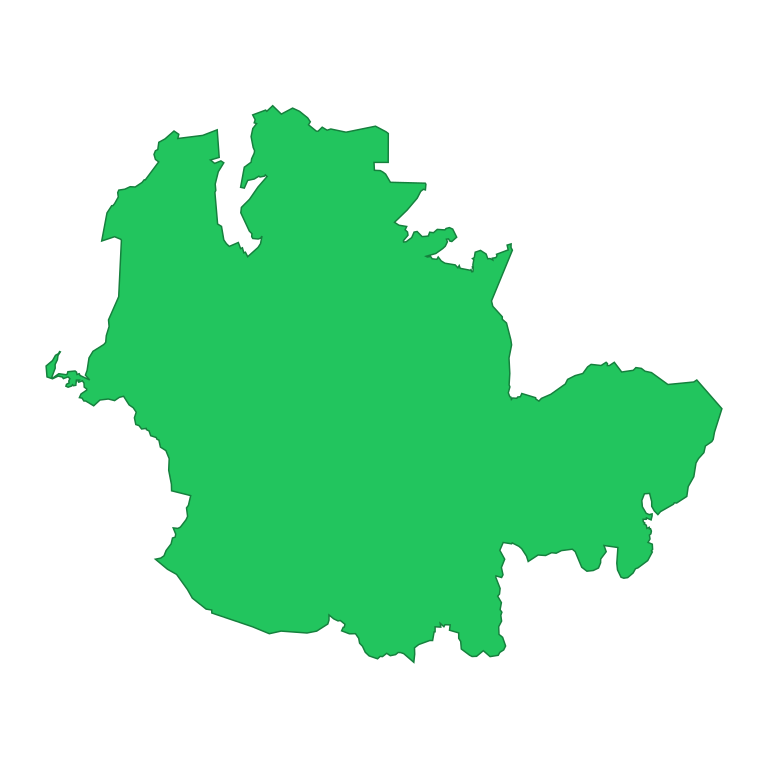 Valle de Bravo, México, Mexico
{"feature_id": "50627088B62549344911498", "entity_name": "Valle de Bravo", "entity_type": "district", "adm_level": 2, "iso_a3": "MEX", "parent_name": "Mexico", "parent_adm1": "México", "projection": "natural_earth1", "projection_center": [-100.12, 19.185], "detail": "fine", "context": "isolated", "style": "filled", "palette": "green", "viewbox_px": 768, "rotation_deg": 0, "n_neighbors": 0, "source": "geoboundaries", "source_scale": "gbopen_adm2", "svg_char_len": 6075}
<svg xmlns="http://www.w3.org/2000/svg" viewBox="0 0 768 768"><path d="M456.7,237.2L452.7,229.1L449.4,227.6L446.1,228.5L444.9,229.9L437.3,229.4L433.5,232.7L429.7,232.2L428.3,236.0L426.2,236.3L422.1,236.6L417.1,231.5L414.1,232.1L411.7,237.6L406.1,241.8L403.6,242.0L403.4,240.7L408.0,235.2L407.5,232.0L405.1,229.8L406.7,226.5L398.9,225.2L394.5,222.3L407.1,210.1L417.2,198.2L420.7,191.4L423.3,189.3L425.4,189.9L425.9,184.3L425.3,183.2L390.4,182.3L385.6,174.1L383.0,172.1L380.3,170.6L374.4,170.3L374.0,162.4L388.2,162.4L388.3,133.5L385.9,131.7L375.5,126.2L346.0,132.2L330.8,129.0L327.1,130.2L322.2,127.2L318.1,131.2L316.4,131.2L308.5,124.8L310.3,121.8L307.7,117.9L299.5,111.3L292.6,108.1L281.3,114.1L272.7,105.7L266.8,111.3L265.6,110.1L252.7,114.9L255.2,119.8L254.2,122.8L256.6,123.6L252.8,128.5L251.1,136.6L253.2,147.5L254.6,150.7L254.2,153.2L251.6,158.8L251.1,162.2L244.3,167.2L240.6,187.3L244.3,188.1L247.7,180.4L254.3,179.0L258.8,176.2L260.1,177.0L264.6,176.1L265.3,174.9L267.1,176.5L258.0,187.0L249.5,199.3L241.4,207.4L240.8,212.8L249.3,231.0L251.9,233.7L251.7,236.7L252.8,238.5L258.3,239.0L260.5,238.2L262.0,236.1L260.5,243.7L258.0,247.5L247.7,256.7L245.4,252.2L243.8,252.8L242.4,247.8L240.6,248.6L238.3,242.5L229.3,246.4L226.4,243.7L223.8,239.9L221.5,226.4L217.6,224.0L214.9,192.4L215.8,190.4L215.2,184.1L218.3,171.7L223.8,162.8L220.9,160.9L214.7,163.4L210.4,160.0L219.2,157.4L217.2,129.8L202.7,135.4L177.8,138.5L178.8,134.3L174.0,131.0L165.0,138.9L158.8,142.3L157.8,149.5L155.4,150.8L154.0,154.4L155.4,159.4L158.7,161.9L145.3,179.9L144.2,179.8L142.0,182.5L135.2,187.0L130.2,186.7L124.8,189.2L118.8,190.1L117.7,192.6L118.3,197.0L114.6,203.6L113.0,205.6L111.7,205.7L107.0,212.9L101.7,241.0L114.6,236.7L120.8,239.3L121.4,240.4L118.7,296.7L108.5,319.9L109.1,326.5L106.3,335.6L105.7,342.3L103.8,344.5L93.0,351.3L89.0,357.9L87.1,370.4L85.4,375.1L89.7,380.0L80.1,375.5L79.2,373.7L77.0,374.5L76.5,372.1L75.1,371.0L67.9,371.7L67.2,374.1L66.1,374.7L58.8,373.7L52.9,377.9L51.7,377.5L55.2,368.2L55.1,364.6L57.4,359.7L58.0,355.5L60.3,351.9L59.6,351.6L58.5,353.6L55.5,355.3L52.5,360.6L46.1,366.0L47.0,376.9L52.5,378.8L58.1,376.1L62.2,377.0L63.4,378.6L68.0,376.9L69.9,378.7L68.8,381.0L69.1,382.9L66.5,384.3L65.9,386.2L68.1,387.2L71.7,386.0L72.5,384.7L73.5,385.7L75.8,385.3L76.4,380.1L79.2,380.1L78.1,381.5L78.7,382.2L82.4,380.8L84.0,383.1L84.2,387.1L86.7,388.9L86.7,390.1L81.0,394.0L79.4,397.6L82.0,398.1L83.9,401.0L85.7,401.0L93.7,405.8L100.0,400.0L108.3,399.0L114.6,400.6L119.4,397.3L123.6,396.3L129.1,404.9L133.2,407.7L136.2,412.2L134.4,417.8L135.8,424.5L139.0,425.6L141.6,429.0L146.2,428.4L146.4,429.6L149.1,431.0L150.7,435.7L156.2,437.5L157.0,439.3L158.9,440.1L160.4,447.1L165.9,450.6L169.2,458.7L168.7,470.2L171.4,484.2L171.6,490.8L190.7,495.6L188.4,505.4L186.5,507.9L187.6,516.4L186.0,519.8L180.4,527.1L177.9,528.4L173.2,527.9L175.7,534.1L175.2,537.1L172.5,538.0L171.1,543.9L166.1,550.5L164.0,555.8L160.7,558.1L155.4,559.2L167.4,569.2L176.6,574.4L187.5,589.6L192.3,598.1L206.1,609.1L211.7,610.0L211.8,613.0L252.6,626.8L269.3,633.7L281.1,631.1L307.0,633.0L316.7,631.1L327.8,624.0L329.0,620.1L329.0,615.0L333.8,618.9L338.0,620.9L340.3,620.5L344.9,624.2L344.3,627.1L343.2,627.3L341.6,630.8L349.4,633.8L355.5,633.7L358.7,638.3L359.6,643.2L362.5,646.3L365.3,652.3L369.1,655.9L377.6,658.8L380.1,656.4L382.5,656.6L386.7,653.3L390.3,655.7L395.6,654.6L398.1,652.5L400.7,652.6L403.7,653.6L413.8,662.3L414.7,654.2L414.5,647.8L418.8,644.5L429.8,640.5L432.6,640.5L434.1,631.9L435.1,631.8L435.1,626.8L440.8,627.1L440.2,623.3L443.9,626.7L445.0,624.7L450.2,624.9L449.5,630.2L458.7,632.9L458.7,638.3L460.7,641.5L461.3,649.0L469.6,655.2L472.1,656.5L476.6,656.3L483.3,650.7L490.1,656.6L498.2,655.3L499.8,652.4L503.7,649.9L505.6,646.0L502.6,637.3L499.0,634.4L498.7,626.7L501.6,621.1L500.8,615.3L501.9,612.2L500.1,609.7L501.4,602.6L497.7,596.2L499.5,594.0L500.1,588.4L495.8,577.4L496.0,575.9L501.6,577.5L503.0,574.8L501.4,567.5L504.7,559.2L499.8,550.3L503.2,542.5L511.6,543.8L512.2,542.9L518.9,546.3L521.7,548.7L526.5,556.1L528.2,561.5L538.1,555.0L545.6,555.5L551.6,552.7L556.2,553.2L561.4,550.6L572.3,549.2L575.2,551.6L581.7,567.2L586.9,571.2L593.3,570.5L598.5,568.0L600.6,562.8L600.7,559.0L606.2,551.7L604.0,545.5L617.9,547.5L616.8,563.2L617.5,569.9L621.0,577.2L623.8,578.2L627.7,577.6L633.1,573.0L635.5,568.7L637.9,567.9L647.7,560.6L652.3,552.0L651.4,550.9L652.6,549.4L652.3,544.2L648.0,542.4L650.0,539.0L649.4,535.0L650.9,533.8L651.4,531.1L650.5,528.7L649.4,528.9L649.2,527.3L646.9,528.4L646.3,525.2L644.2,524.0L644.8,523.0L643.2,521.7L643.1,519.3L646.2,519.3L646.4,517.9L651.1,519.9L652.1,515.9L652.1,513.9L649.2,514.6L646.2,513.3L642.4,506.8L641.8,500.5L644.4,493.8L649.6,493.4L651.7,501.6L651.7,506.3L654.3,510.9L657.9,514.6L660.5,511.6L673.5,504.2L674.3,502.8L676.7,503.0L686.8,496.4L688.2,486.6L693.8,476.7L696.0,463.0L698.5,458.6L703.9,452.6L705.4,446.0L711.8,441.6L713.2,439.3L714.5,432.1L721.9,408.7L696.8,380.0L693.7,382.0L667.9,384.5L651.5,372.6L645.0,371.2L641.4,368.4L635.9,367.6L633.3,370.3L621.7,372.0L614.3,362.3L609.3,365.6L607.3,365.6L607.5,363.6L606.1,362.3L601.1,365.5L591.1,364.4L587.6,366.9L582.8,373.5L575.1,375.6L567.6,379.4L565.3,384.0L550.8,394.3L541.4,398.4L538.9,401.1L535.9,399.1L535.6,397.7L521.8,393.5L520.4,396.7L517.7,397.0L516.7,398.3L512.6,398.0L511.4,399.4L511.0,397.2L509.8,396.7L508.3,392.8L509.9,386.9L509.1,384.8L509.8,373.4L509.0,358.0L511.6,344.9L510.8,339.7L506.5,323.0L502.3,319.3L502.3,316.8L492.8,306.3L491.5,300.9L512.4,250.2L511.0,247.5L511.1,243.9L507.1,245.1L508.2,249.9L496.5,254.3L497.0,255.8L495.9,257.6L492.3,258.2L492.8,260.0L490.0,258.5L487.8,258.8L486.1,254.0L480.5,250.4L475.2,252.2L474.3,257.6L472.5,258.6L473.8,259.6L472.9,264.7L473.3,268.4L472.1,266.2L473.2,269.5L472.9,271.6L471.8,271.8L471.0,269.6L470.4,270.3L460.2,268.3L459.2,265.6L457.9,267.8L455.2,264.9L444.9,263.2L441.2,260.9L438.2,257.0L436.9,259.3L435.6,259.2L432.2,258.8L430.6,256.5L427.3,257.0L426.0,256.3L435.8,253.5L442.7,248.6L445.3,246.2L447.4,241.8L446.4,239.2L448.5,238.9L449.9,241.1L451.8,241.5L456.7,237.2Z" fill="#22c55e" stroke="#15803d" stroke-width="1.5"/></svg>